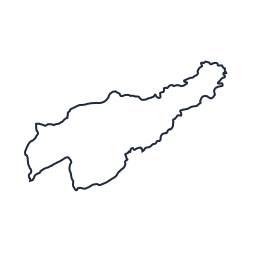 San Mateo, Alajuela, Costa Rica, rotated 171°
{"feature_id": "36466004B56019207244783", "entity_name": "San Mateo", "entity_type": "district", "adm_level": 2, "iso_a3": "CRI", "parent_name": "Costa Rica", "parent_adm1": "Alajuela", "projection": "orthographic", "projection_center": [-84.558, 9.96], "detail": "fine", "context": "isolated", "style": "outline", "palette": "slate", "viewbox_px": 256, "rotation_deg": 171, "n_neighbors": 0, "source": "geoboundaries", "source_scale": "gbopen_adm2", "svg_char_len": 5845}
<svg xmlns="http://www.w3.org/2000/svg" viewBox="0 0 256 256"><g transform="rotate(171 128 128)"><path d="M233.0,91.1L230.3,91.5L229.8,92.3L228.8,93.2L228.0,95.0L226.9,96.0L225.7,96.7L224.6,96.9L223.5,97.4L222.4,97.4L221.5,98.4L221.3,98.9L220.7,99.3L219.0,100.0L218.4,100.4L215.9,101.2L214.4,101.5L212.9,101.6L211.0,102.4L209.7,102.6L206.5,104.0L204.6,104.5L204.0,104.8L202.7,105.2L199.8,106.0L199.5,106.2L197.3,107.1L196.1,107.7L194.1,108.5L192.2,108.6L191.6,108.2L190.9,107.4L190.6,106.6L189.7,105.1L189.4,103.8L189.4,102.9L190.6,101.4L191.5,99.6L192.2,97.0L192.2,94.5L191.6,92.7L191.6,88.1L191.4,86.6L191.3,85.9L190.7,85.0L190.5,84.5L190.5,83.3L191.2,80.9L191.2,78.9L189.9,75.8L189.1,74.7L188.6,74.6L187.8,75.0L187.3,76.2L186.8,76.4L184.8,76.4L183.9,76.2L182.5,75.5L180.7,74.9L179.3,74.8L178.3,75.1L177.1,75.5L176.4,75.6L174.9,76.1L174.6,76.4L173.6,76.6L171.9,77.4L171.1,77.6L167.4,77.5L166.5,77.0L166.1,76.5L165.6,76.2L163.9,76.2L162.5,76.5L162.0,76.5L161.7,76.7L157.6,77.7L156.5,78.3L154.2,79.2L154.1,79.3L149.4,81.3L147.4,82.4L146.7,83.0L145.8,84.2L144.3,85.8L143.6,86.3L143.4,86.3L143.4,86.5L143.0,86.8L141.9,87.4L141.2,88.0L140.2,88.4L138.9,89.2L138.3,89.7L138.2,89.7L137.4,90.5L136.3,92.4L136.3,94.2L136.2,94.9L135.8,95.7L135.5,96.0L134.3,96.4L133.5,96.9L133.6,97.4L134.1,98.1L134.3,98.9L134.3,100.5L134.7,101.0L134.8,101.3L134.8,102.4L134.6,102.7L134.1,102.9L132.1,103.3L130.9,104.7L130.6,104.7L129.8,103.9L129.7,103.9L129.1,105.0L128.6,106.6L127.8,107.3L126.2,107.3L125.5,105.6L125.3,105.4L124.8,105.4L122.5,106.4L120.6,106.7L118.6,106.7L118.4,106.5L118.2,105.8L117.7,105.5L117.4,104.9L117.4,102.7L116.4,103.2L115.7,103.7L115.0,104.4L114.6,105.1L113.5,105.6L112.7,105.8L109.8,105.8L107.9,106.8L106.3,108.0L105.0,108.2L103.9,108.2L103.1,108.4L101.6,110.2L101.1,110.5L99.8,110.5L99.3,110.3L98.8,110.3L98.2,110.7L97.6,111.7L97.4,112.3L97.3,113.4L96.8,114.8L95.3,116.5L94.5,116.8L91.8,117.2L91.5,116.9L90.7,117.1L89.9,117.6L89.6,118.6L88.9,119.3L87.9,120.0L87.0,120.3L86.5,119.9L86.3,119.9L84.3,121.4L83.1,123.3L82.9,125.4L82.6,125.7L82.3,126.8L82.3,128.4L82.0,129.2L80.2,129.7L79.8,130.3L78.7,130.9L77.2,132.6L76.3,132.7L74.4,132.0L73.6,132.1L73.3,132.5L73.2,134.0L73.3,134.8L73.8,136.0L73.8,136.7L73.6,137.0L72.9,137.2L70.4,137.5L67.2,137.5L65.6,137.7L64.0,138.4L61.3,139.1L56.7,139.0L54.6,140.4L52.6,141.3L52.4,141.5L52.6,143.2L52.0,144.0L51.5,145.1L50.2,146.7L49.4,147.3L48.8,147.4L47.6,147.7L47.1,147.7L45.0,147.0L44.5,146.7L43.9,145.9L43.1,145.3L42.5,144.7L41.7,144.4L40.7,144.3L38.9,145.3L38.6,145.7L37.9,146.4L37.6,146.6L37.0,147.3L37.0,148.3L37.2,149.9L37.2,151.1L36.7,152.3L35.6,153.5L34.4,154.2L32.2,154.7L28.7,154.8L28.1,155.0L27.8,155.6L27.8,156.5L28.2,157.3L28.6,157.6L30.8,157.6L31.8,157.8L32.1,158.1L32.1,158.6L31.2,159.5L30.8,159.7L29.0,161.0L28.6,161.6L27.1,162.5L26.3,162.8L25.4,162.8L24.7,163.0L24.4,163.2L24.2,163.6L24.2,164.2L24.6,165.0L25.2,165.7L25.3,166.8L24.9,167.4L24.7,167.5L24.3,167.5L23.0,166.7L22.4,166.8L22.4,167.3L22.9,168.4L23.0,168.4L23.5,169.3L23.0,171.7L23.6,171.9L24.7,173.0L25.4,175.0L27.4,175.4L28.2,175.4L29.3,175.7L29.5,175.9L29.5,177.4L29.6,177.7L30.0,178.1L30.8,178.5L31.9,178.7L33.8,178.7L34.9,178.1L36.5,178.1L37.0,178.6L37.4,179.9L38.4,180.2L40.3,181.2L40.8,181.4L41.4,181.3L41.7,181.2L42.6,180.4L43.0,180.2L44.5,181.0L45.1,181.0L45.5,180.9L45.7,180.5L45.7,180.1L45.3,178.5L45.2,177.5L48.3,176.0L48.5,175.8L49.9,173.9L50.2,173.6L50.4,172.8L50.4,170.8L51.5,169.7L52.6,169.2L53.9,168.9L54.5,168.7L55.8,167.8L56.4,167.6L58.7,167.8L65.1,166.1L65.2,165.9L65.2,165.1L64.6,164.7L62.8,163.7L62.6,163.6L62.6,163.3L63.3,162.5L66.6,161.1L68.5,161.0L69.1,161.2L70.3,161.8L72.2,162.6L73.8,162.6L74.9,162.5L75.8,162.3L76.6,162.3L77.0,163.0L77.3,163.3L78.2,163.6L79.0,163.6L80.1,163.3L80.9,162.9L82.8,161.4L83.4,161.4L84.3,161.8L86.0,161.8L86.3,161.4L86.4,160.0L87.2,158.3L87.4,158.1L89.0,158.0L90.2,157.8L90.9,157.3L91.0,154.0L91.4,153.1L91.8,152.9L92.8,152.9L93.3,153.0L94.0,153.5L95.0,154.6L95.5,156.1L96.0,156.7L97.5,155.2L97.9,155.1L98.3,154.8L99.7,154.6L100.1,154.3L101.6,154.3L102.4,154.1L103.4,154.1L104.7,153.6L106.1,153.3L108.8,153.5L109.8,153.7L110.5,154.1L111.3,155.1L112.2,156.7L112.6,157.2L113.0,157.4L113.7,157.6L114.4,157.7L115.1,157.9L115.6,157.9L116.2,158.3L116.7,158.3L118.4,159.2L120.6,159.3L121.7,160.3L122.2,160.5L124.8,161.0L126.5,161.0L126.7,160.8L127.7,160.5L129.4,160.5L129.9,160.6L130.5,161.3L130.8,162.9L131.0,163.3L133.2,164.7L133.3,165.0L134.0,165.5L134.6,166.2L136.8,166.2L137.0,166.1L137.5,166.1L138.4,165.7L139.7,165.0L139.9,165.0L140.6,164.4L141.5,163.3L142.0,162.4L142.8,161.0L145.2,158.9L147.1,157.8L147.6,157.8L148.0,157.6L148.5,157.5L149.2,157.2L151.9,157.1L153.8,157.3L154.9,157.7L155.7,157.7L156.6,157.9L157.9,157.9L159.3,158.2L164.5,158.2L166.0,157.9L169.9,157.9L170.9,158.2L172.6,158.2L175.5,157.5L177.7,156.7L181.4,155.7L182.4,154.9L182.8,153.9L183.1,153.6L184.5,153.0L185.1,152.3L185.2,152.1L185.3,150.2L186.2,148.9L186.2,147.5L187.2,147.4L187.9,147.2L190.3,145.8L191.9,144.4L192.9,144.3L194.9,143.3L196.5,143.0L198.8,143.1L200.0,142.7L200.4,142.4L200.7,142.4L202.1,143.3L205.1,144.1L206.7,144.2L208.8,143.3L209.7,143.2L210.1,143.4L210.4,143.8L212.7,145.0L214.7,145.8L215.1,146.2L218.1,146.5L218.5,144.0L218.5,143.3L218.7,142.3L218.7,139.9L218.4,139.1L218.2,139.0L217.8,138.2L217.7,136.8L218.0,136.1L220.3,133.8L220.6,133.2L221.4,132.3L222.8,131.3L224.0,130.6L224.9,130.3L225.6,130.2L226.8,129.6L227.8,128.8L228.0,128.4L228.9,127.6L229.4,127.1L229.5,126.6L230.2,125.9L231.3,124.3L232.1,122.6L233.1,121.3L233.5,120.2L233.6,119.8L233.5,117.6L233.1,117.2L232.8,117.2L232.2,116.5L231.9,114.8L231.9,112.9L232.0,112.4L232.2,107.2L231.7,106.0L231.3,103.7L230.4,102.3L230.4,99.9L230.6,99.5L231.1,98.8L232.8,97.7L233.1,97.3L233.4,96.3L233.4,94.9L233.3,94.1L233.0,93.9L232.6,93.3L232.7,92.1L232.9,91.9L233.0,91.1Z" fill="none" stroke="#1e293b" stroke-width="2"/></g></svg>